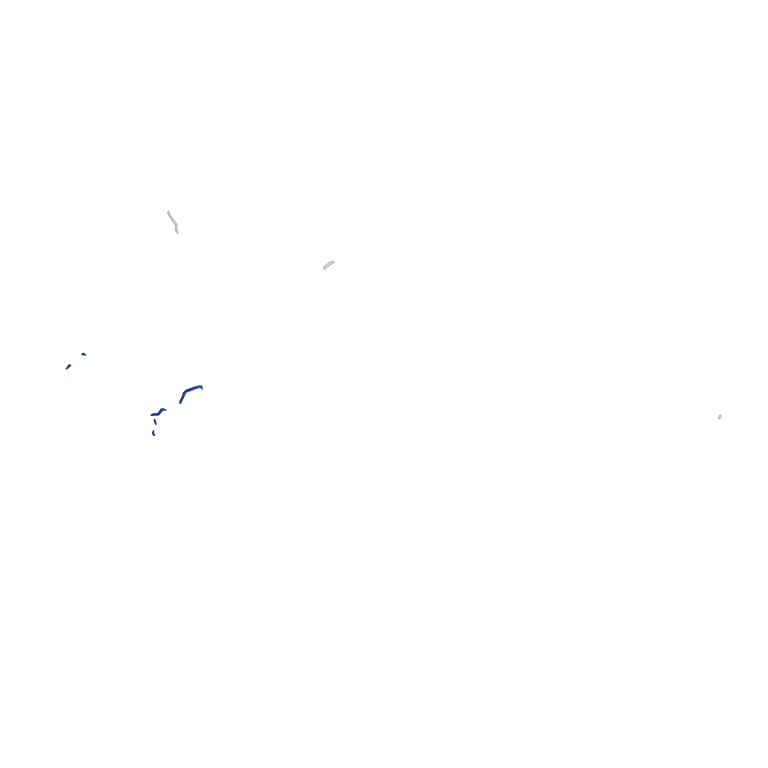 where Ratak Chain sits in Marshall Islands, rotated 131°
{"feature_id": "MHL-4969", "entity_name": "Ratak Chain", "entity_type": "state/province", "adm_level": 1, "iso_a3": "MHL", "parent_name": "Marshall Islands", "parent_adm1": "", "projection": "equal_earth", "projection_center": [171.288, 10.331], "detail": "fine", "context": "in_parent", "style": "filled", "palette": "blue", "viewbox_px": 768, "rotation_deg": 131, "n_neighbors": 0, "source": "natural_earth", "source_scale": "10m", "svg_char_len": 1694}
<svg xmlns="http://www.w3.org/2000/svg" viewBox="0 0 768 768"><g transform="rotate(131 384 384)"><path d="M510.4,522.1L520.0,527.4L532.8,524.9L530.7,526.5L525.9,528.0L522.8,529.2L520.6,529.2L518.1,528.7L509.9,525.1L505.4,520.2L506.5,518.6L510.4,522.1ZM398.0,657.0L396.5,660.1L394.6,659.9L396.3,657.5L397.4,654.3L399.3,645.1L403.1,641.8L405.7,638.0L405.0,641.9L400.9,646.1L398.0,657.0ZM546.8,531.3L549.7,533.6L555.3,533.4L560.5,539.1L558.5,538.7L555.7,536.3L553.1,535.3L549.6,535.6L548.0,534.6L546.8,531.3ZM336.7,504.5L335.5,506.1L328.2,505.1L324.8,503.1L325.1,501.7L330.9,503.1L336.7,504.5ZM190.0,109.5L188.0,110.2L186.5,109.5L187.6,108.2L189.8,107.9L190.7,108.3L190.0,109.5Z" fill="#d9dde1" stroke="#a8b0b8" stroke-width="1"/><path d="M532.7,525.0L530.7,526.6L525.1,527.7L522.8,529.3L520.6,529.3L518.1,528.9L507.3,522.4L505.4,520.3L506.5,518.7L506.5,519.7L506.6,520.4L507.0,521.5L519.9,528.5L520.8,528.5L522.8,528.0L524.4,527.2L532.7,525.0ZM560.5,539.2L558.5,538.8L555.3,535.6L553.2,535.0L549.6,535.7L548.0,534.7L546.8,531.5L547.6,532.8L548.4,533.8L549.4,534.3L554.4,534.0L555.4,534.3L558.8,537.9L560.5,539.2ZM581.5,633.8L579.8,633.6L578.0,634.1L576.3,634.1L575.2,632.4L575.4,632.6L575.9,632.8L576.6,633.0L578.9,633.1L581.5,633.8ZM558.1,628.9L558.4,629.4L558.7,629.9L559.5,630.8L559.7,631.3L559.2,631.3L558.4,631.2L558.0,630.8L557.9,630.0L558.1,628.9ZM563.2,530.6L563.4,530.4L563.5,530.1L563.7,529.9L563.9,529.9L563.4,531.2L562.8,532.4L562.0,533.4L561.1,534.3L561.6,533.3L563.2,530.6ZM572.2,526.1L572.8,525.5L573.2,524.8L573.1,524.1L572.7,523.4L573.7,524.1L573.3,525.6L572.2,526.8L570.9,527.0L571.2,526.6L571.5,526.4L572.2,526.1Z" fill="#3b82f6" stroke="#1e3a8a" stroke-width="1.5"/></g></svg>